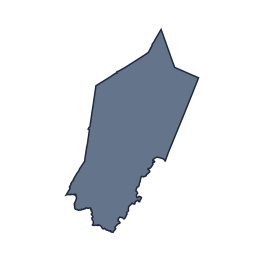 the district of Los Aldamas, Nuevo León, Mexico, rotated 30°
{"feature_id": "50627088B11000044177611", "entity_name": "Los Aldamas", "entity_type": "district", "adm_level": 2, "iso_a3": "MEX", "parent_name": "Mexico", "parent_adm1": "Nuevo León", "projection": "robinson", "projection_center": [-99.238, 26.097], "detail": "fine", "context": "isolated", "style": "filled", "palette": "slate", "viewbox_px": 256, "rotation_deg": 30, "n_neighbors": 0, "source": "geoboundaries", "source_scale": "gbopen_adm2", "svg_char_len": 5942}
<svg xmlns="http://www.w3.org/2000/svg" viewBox="0 0 256 256"><g transform="rotate(30 128 128)"><path d="M85.8,124.2L89.3,133.2L89.4,133.4L93.6,144.0L93.9,144.7L93.9,144.8L94.2,145.5L94.3,146.1L94.2,146.2L94.0,146.8L94.0,148.9L95.6,149.1L100.9,162.3L101.4,163.8L101.4,164.0L101.6,164.4L101.8,165.3L105.6,175.0L107.1,178.4L106.5,187.8L106.8,189.3L106.6,191.2L106.7,191.6L106.6,192.0L106.4,192.6L106.4,200.0L107.0,200.3L106.9,200.6L106.8,201.3L106.7,201.4L106.4,202.2L106.4,205.0L106.8,205.3L106.8,208.4L107.2,208.7L107.4,208.8L108.0,209.0L108.0,213.9L107.9,216.9L108.3,216.4L108.9,215.8L109.1,215.8L109.5,215.5L110.2,215.2L110.5,214.9L111.1,214.8L111.4,214.6L111.7,214.5L111.9,214.2L111.9,213.8L112.1,213.6L112.5,213.7L112.9,213.3L113.4,213.2L113.8,212.8L114.2,212.6L114.3,212.4L114.6,212.4L114.9,212.9L115.0,212.9L115.3,212.7L115.4,212.3L115.5,212.1L115.7,211.6L115.8,211.5L116.0,211.6L116.4,212.1L116.6,212.7L116.7,212.9L117.3,213.2L117.7,213.3L118.0,213.5L118.1,214.1L118.4,214.8L118.5,215.0L118.8,215.3L118.9,215.5L118.9,215.8L118.9,216.1L119.0,216.6L119.1,217.5L119.1,218.1L119.3,218.7L119.2,219.2L119.3,219.7L119.3,220.5L119.5,220.6L119.8,220.6L120.0,220.7L120.2,221.7L120.4,222.0L120.8,222.1L121.0,222.5L121.1,222.9L121.2,223.2L121.7,223.7L122.0,223.9L122.1,224.2L122.4,224.3L122.8,224.6L123.0,224.6L123.5,224.4L124.2,224.4L124.4,224.3L124.8,224.1L125.3,223.9L125.9,224.1L126.2,224.0L126.6,223.9L127.2,223.2L127.5,223.0L128.2,222.6L128.1,222.1L128.3,221.9L128.4,221.7L128.9,221.7L129.4,221.3L130.2,220.3L130.2,220.1L130.3,219.9L130.6,219.7L130.8,219.7L131.1,219.3L131.3,219.3L131.5,218.8L131.5,218.4L131.6,218.0L131.9,217.8L132.2,217.8L132.6,217.9L132.8,217.9L134.0,217.3L134.7,216.4L134.9,216.3L135.3,216.1L135.6,216.1L135.9,216.3L136.1,216.7L136.2,217.0L136.5,217.1L136.8,216.9L137.2,217.2L137.3,217.3L137.3,218.0L137.6,218.2L138.1,218.2L138.8,218.6L139.4,219.0L139.5,219.3L139.6,219.6L139.6,219.8L139.3,220.3L139.2,220.8L139.5,221.2L139.8,221.4L140.2,221.4L141.2,221.8L141.5,221.9L142.1,222.6L142.2,222.8L141.8,223.6L141.7,223.9L141.7,224.1L142.4,224.8L143.1,225.3L143.3,225.7L143.8,225.8L144.2,225.9L144.7,226.3L145.0,227.0L145.4,227.4L145.8,227.9L145.7,228.6L145.7,228.8L145.5,229.1L145.5,229.3L145.6,229.6L145.9,229.9L146.1,229.8L146.7,229.6L147.0,229.5L147.3,229.4L147.5,229.2L147.9,229.0L148.3,228.5L148.7,228.2L149.2,228.1L149.6,227.8L150.1,227.8L150.3,227.8L150.5,227.6L150.6,227.3L150.3,227.0L150.3,226.9L150.4,226.7L150.6,226.6L151.1,226.8L151.5,226.9L152.0,226.5L152.5,226.3L153.0,226.4L153.5,226.4L154.0,226.8L154.4,226.8L154.6,226.8L155.1,227.3L155.4,227.5L156.5,227.9L156.8,227.7L157.2,227.6L157.4,227.5L157.5,227.3L157.6,226.8L157.7,226.6L157.9,226.6L158.0,226.6L158.2,226.8L159.3,226.9L159.8,227.1L160.1,227.1L160.6,227.0L161.0,226.8L161.8,226.7L163.1,226.6L163.3,226.6L163.6,226.3L164.0,225.8L164.2,225.7L164.5,225.7L164.6,225.8L164.8,226.4L164.9,226.5L165.1,226.5L166.7,226.1L167.2,225.7L167.3,225.4L167.2,224.8L167.2,224.4L167.6,222.5L167.7,221.6L167.7,221.3L167.5,221.2L166.6,220.9L166.4,220.7L166.3,220.3L166.3,219.9L166.4,219.6L167.0,217.6L166.9,217.0L167.0,216.9L167.4,216.1L168.4,214.7L168.5,214.3L168.5,214.1L168.3,213.9L167.2,213.4L166.7,213.3L165.9,213.3L165.7,213.2L165.4,213.0L165.3,212.3L165.2,211.8L165.1,210.9L165.2,210.4L165.4,209.4L165.5,209.2L165.8,209.0L166.9,208.9L167.2,208.6L167.6,208.5L168.5,208.5L169.3,208.8L169.8,208.8L170.1,208.6L170.2,208.4L170.3,207.9L170.4,207.4L170.4,207.1L170.3,205.3L170.3,204.7L170.2,203.0L170.0,202.7L169.3,202.4L169.2,202.2L169.3,201.2L169.5,200.7L169.8,199.8L169.8,199.6L169.7,199.4L169.6,199.0L169.3,198.7L169.0,198.2L168.6,197.6L168.1,196.1L167.9,195.9L167.9,195.4L168.2,194.9L168.3,194.1L168.8,192.9L168.9,191.6L169.0,191.1L169.3,190.9L169.8,191.1L170.6,191.1L171.3,190.8L171.6,190.7L171.8,190.5L171.8,190.2L171.8,189.9L171.6,189.7L171.3,189.6L171.2,189.4L171.2,189.1L171.4,188.5L171.3,188.2L171.3,187.8L171.7,187.2L171.9,187.1L172.1,186.8L172.2,186.5L172.1,186.1L172.2,185.9L172.5,185.7L172.9,185.7L173.5,185.9L174.0,186.3L174.5,186.3L174.9,186.1L175.0,186.0L175.0,185.8L174.7,185.4L174.6,185.1L174.6,184.0L174.7,183.5L174.6,183.1L174.6,182.7L174.7,182.3L174.6,182.0L174.6,181.9L174.4,181.9L174.0,181.4L173.6,181.3L173.1,181.4L172.9,181.5L172.3,181.5L172.0,181.6L171.8,181.7L171.5,182.0L171.6,182.6L171.3,182.8L170.8,183.5L170.5,183.6L170.2,183.6L169.4,182.6L169.0,182.2L168.9,182.0L168.8,181.5L168.7,180.6L168.9,180.1L169.0,179.8L169.0,179.7L168.4,179.2L167.5,178.7L167.3,178.6L166.5,178.7L166.4,178.6L165.8,177.2L165.6,176.1L165.3,175.5L165.3,175.2L165.5,174.7L165.9,174.4L166.3,173.5L166.4,173.0L166.2,172.0L165.8,171.0L165.5,169.9L165.4,169.3L165.3,168.2L164.7,167.0L164.5,166.2L163.9,163.9L163.9,163.4L164.1,163.1L164.4,162.8L165.4,162.7L165.7,162.7L165.8,162.5L166.0,162.4L166.3,161.9L166.8,161.5L167.4,160.7L167.6,159.9L167.5,159.7L167.3,159.3L167.3,159.0L167.4,158.7L167.8,158.2L168.0,157.9L168.1,157.0L168.1,156.7L168.3,156.2L168.6,155.9L168.7,155.3L168.7,155.1L168.5,154.7L168.0,154.2L167.7,154.0L167.4,154.0L166.7,153.9L166.1,153.8L165.9,153.7L165.8,153.3L165.7,153.1L165.8,153.0L166.4,152.5L167.0,152.1L167.2,151.7L167.5,150.9L167.7,149.2L167.7,148.3L167.8,147.5L167.8,146.9L167.7,146.6L166.8,146.1L166.6,145.7L166.7,145.3L166.9,144.9L167.0,144.8L167.5,144.8L167.8,144.5L167.9,144.4L168.0,143.9L167.9,143.8L167.4,143.5L166.2,143.7L165.8,143.7L165.5,143.4L165.5,143.0L165.6,142.5L166.0,141.7L166.2,141.1L166.9,139.7L167.6,138.8L168.1,138.5L172.8,137.3L173.5,137.2L174.2,137.1L174.9,137.2L175.5,137.4L176.0,137.7L176.3,138.0L176.7,138.2L176.9,138.5L175.2,129.3L169.7,88.8L166.3,64.9L164.0,49.3L138.1,52.2L130.7,46.0L107.4,26.1L107.3,38.4L107.4,40.7L107.2,42.1L107.0,43.3L107.4,44.1L107.6,44.5L107.6,45.5L107.8,46.2L107.7,46.5L107.8,46.8L107.9,47.1L107.8,47.3L107.6,47.4L107.7,47.6L107.9,52.2L105.4,57.5L94.7,78.0L91.5,83.3L90.3,84.8L91.0,86.1L90.1,86.4L86.3,94.0L79.1,107.4L85.8,124.2Z" fill="#64748b" stroke="#1e293b" stroke-width="1.5"/></g></svg>